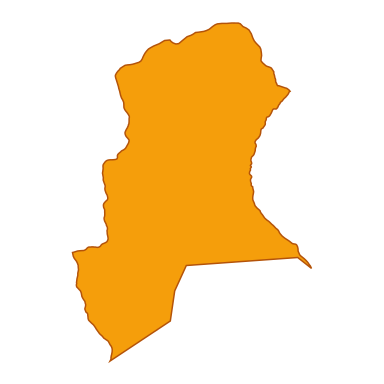 the district of Dekiling, Geylegphug, Bhutan
{"feature_id": "84629894B28878505567361", "entity_name": "Dekiling", "entity_type": "district", "adm_level": 2, "iso_a3": "BTN", "parent_name": "Bhutan", "parent_adm1": "Geylegphug", "projection": "robinson", "projection_center": [90.344, 26.935], "detail": "fine", "context": "isolated", "style": "filled", "palette": "amber", "viewbox_px": 384, "rotation_deg": 0, "n_neighbors": 0, "source": "geoboundaries", "source_scale": "gbopen_adm2", "svg_char_len": 5951}
<svg xmlns="http://www.w3.org/2000/svg" viewBox="0 0 384 384"><path d="M290.1,91.3L288.8,89.8L286.7,88.3L285.2,87.9L278.7,85.7L277.7,85.7L276.9,84.6L276.6,83.4L275.8,82.2L275.6,80.6L275.5,79.2L274.9,77.8L274.5,75.6L273.8,73.5L273.8,71.8L271.4,68.1L269.9,67.3L266.4,66.1L265.1,65.1L264.5,64.5L263.2,63.4L262.6,62.8L262.0,62.1L261.4,61.4L261.0,60.7L261.0,59.8L261.2,58.0L261.6,55.6L261.4,53.0L260.8,49.2L259.8,47.0L256.2,43.3L254.3,41.0L252.9,38.2L251.3,33.8L249.0,30.0L246.3,28.1L243.0,26.6L240.3,23.8L238.4,23.1L231.9,23.0L226.9,23.4L222.0,23.4L217.3,23.9L215.1,24.8L212.5,26.6L209.2,29.3L206.3,30.6L203.8,31.4L198.5,32.2L195.5,32.5L193.4,34.0L191.0,35.3L187.1,36.7L182.2,40.7L179.9,42.7L178.7,43.6L175.9,44.0L173.2,43.0L171.2,41.6L169.9,40.0L164.6,40.5L161.9,42.1L159.3,43.7L153.7,46.0L150.6,47.7L148.5,49.0L146.9,50.7L145.4,52.6L144.2,54.6L143.1,56.8L142.2,59.0L140.9,61.0L139.0,62.3L136.7,63.0L134.5,63.7L132.3,64.3L130.0,64.7L127.5,64.9L125.1,65.3L123.3,66.4L120.2,68.4L119.6,69.5L117.9,71.2L116.5,73.1L115.4,75.2L115.4,76.6L115.6,77.4L115.8,78.3L116.1,79.1L117.7,84.2L118.2,85.9L118.5,86.8L118.6,87.6L118.8,88.5L119.6,91.0L119.8,91.9L120.0,92.8L120.4,94.5L120.6,95.4L120.9,96.2L121.2,97.1L121.5,97.9L121.9,98.7L122.4,99.4L122.8,100.2L123.1,101.0L123.5,101.8L123.7,102.7L123.8,103.6L123.9,106.2L123.9,107.1L124.1,108.0L124.4,108.8L124.8,109.6L125.3,110.4L125.8,111.1L126.9,112.4L127.4,113.1L128.4,114.6L128.8,115.3L129.2,116.1L129.4,117.0L129.2,117.9L129.1,118.8L129.1,119.6L129.1,120.5L129.1,121.4L129.0,122.3L129.0,123.1L128.8,124.0L128.4,124.8L128.3,125.7L127.9,126.5L127.5,127.3L127.2,128.1L126.7,128.8L125.9,130.3L125.5,131.2L125.2,132.0L125.0,132.8L125.1,133.7L125.3,134.6L125.6,135.4L126.0,136.2L126.5,136.9L127.7,138.2L128.6,139.4L129.1,140.3L129.1,141.0L128.8,141.9L128.6,142.8L128.2,143.6L127.8,144.3L126.9,145.9L126.5,146.6L126.1,147.4L125.6,148.1L125.0,148.8L124.3,149.3L123.6,149.9L122.9,150.2L122.1,150.6L121.4,151.0L120.8,151.7L118.8,153.4L118.2,154.0L117.7,154.7L117.4,155.5L117.4,156.4L117.5,157.3L117.3,158.2L116.9,158.9L116.1,159.3L115.3,159.5L113.6,159.7L111.9,159.8L111.0,159.8L110.2,159.8L108.5,160.0L107.7,160.2L106.9,160.5L106.1,161.0L105.5,161.5L104.9,162.2L104.4,162.9L103.9,163.6L103.4,164.3L103.1,165.1L103.0,166.0L103.0,166.9L103.1,167.8L103.1,168.7L102.9,170.5L102.8,171.4L102.6,172.2L102.5,173.4L102.7,174.2L103.0,176.0L103.2,176.9L103.3,177.8L103.2,179.5L103.3,180.4L103.6,181.3L103.9,182.1L104.8,184.6L105.1,185.4L105.2,186.3L105.1,187.2L104.9,188.1L104.9,188.9L105.0,189.8L105.2,190.7L105.5,191.5L105.8,192.4L106.1,193.2L106.5,194.0L107.0,194.7L107.5,196.4L107.7,197.3L107.8,198.2L107.7,199.0L107.3,199.8L106.7,200.5L106.0,201.0L104.8,202.3L104.3,202.9L103.8,203.7L103.5,204.5L103.4,205.4L103.5,206.3L103.6,207.2L103.9,208.0L104.3,208.8L104.6,209.6L104.7,210.5L104.7,212.3L104.8,214.1L104.7,214.9L104.7,215.8L104.5,216.7L104.2,217.5L104.1,218.4L104.2,219.3L104.4,220.2L104.6,221.0L105.0,221.8L105.8,223.4L106.2,224.2L106.4,225.1L106.5,225.7L107.0,226.4L107.3,227.2L107.4,228.1L107.5,229.0L107.0,230.7L107.1,231.6L107.2,232.5L107.2,233.4L107.3,234.3L107.5,235.1L107.7,236.0L107.9,236.8L108.0,237.7L108.1,238.6L108.0,239.5L107.6,240.3L107.3,241.1L106.8,241.8L106.1,242.3L105.3,242.7L104.6,243.1L103.8,243.4L103.0,243.7L102.2,244.1L101.5,244.6L101.0,245.3L100.5,246.0L99.9,246.6L99.1,247.0L98.3,247.3L97.5,247.4L96.6,247.3L95.0,247.0L94.1,247.1L93.3,246.9L92.5,246.9L91.6,246.9L89.9,247.1L89.1,247.0L88.2,247.3L87.3,247.9L86.3,249.1L84.8,250.1L83.8,250.5L80.4,250.7L77.6,251.0L73.8,252.2L72.5,252.5L73.3,256.3L73.7,257.1L74.3,258.4L76.3,261.0L77.3,262.9L78.2,265.4L78.2,266.7L78.5,269.9L77.8,273.2L77.8,275.4L77.0,278.7L76.8,280.4L76.5,282.6L76.7,283.5L76.4,284.6L76.4,285.6L76.7,286.9L77.6,287.8L78.3,288.6L79.3,289.7L80.3,290.7L81.2,292.7L81.9,296.4L82.6,297.9L83.6,299.6L84.9,301.4L85.2,303.0L85.7,304.7L85.5,306.4L84.9,308.5L84.9,309.2L85.9,312.0L87.2,313.1L87.6,313.8L87.8,314.7L87.8,315.5L88.0,316.9L88.1,318.5L88.5,319.9L89.0,320.6L90.2,321.8L91.5,323.1L93.1,324.5L93.9,325.4L95.2,327.3L95.6,327.9L96.2,329.0L99.5,333.6L100.6,334.7L101.7,335.6L102.6,336.6L103.9,338.2L107.6,340.7L108.3,341.3L110.2,344.9L110.7,345.5L111.1,346.1L111.6,347.1L112.0,348.2L112.2,349.3L112.2,350.9L112.1,352.1L111.6,354.7L111.3,355.7L111.2,356.4L111.0,357.3L111.0,359.2L110.1,361.0L170.3,321.0L174.7,290.9L186.3,265.5L297.7,257.5L311.5,268.4L310.3,265.9L309.1,264.4L308.3,263.1L307.2,261.7L305.9,260.3L304.2,258.7L300.5,255.7L299.7,254.8L298.1,251.1L298.0,248.7L297.6,246.9L297.1,245.8L296.6,244.9L296.0,244.4L295.2,244.1L293.2,243.8L292.1,243.4L289.3,241.1L284.7,238.1L282.2,236.1L280.2,233.8L279.5,232.8L278.5,230.7L277.5,229.5L275.9,228.3L273.3,225.5L271.8,224.3L269.7,222.2L268.7,221.3L266.7,219.9L264.7,218.1L262.3,214.6L261.2,213.3L260.3,211.7L260.2,211.0L259.2,209.9L257.0,208.0L255.2,205.9L254.8,205.1L254.3,203.3L253.0,200.3L252.8,199.6L252.7,197.9L252.9,195.8L253.5,192.8L253.6,191.3L252.9,188.6L252.6,186.6L251.8,186.2L251.3,185.6L251.2,184.8L251.3,183.4L250.7,182.0L250.5,180.6L250.5,179.6L250.9,178.6L251.6,177.4L251.7,176.8L251.4,175.9L249.9,174.5L249.4,173.5L249.6,171.8L250.5,170.1L250.3,168.6L251.3,167.1L251.1,166.3L250.4,165.7L250.7,164.8L251.5,164.0L251.7,163.3L251.5,162.2L250.9,160.8L250.9,159.5L251.1,158.7L251.5,157.3L251.9,156.7L253.4,155.3L254.1,154.1L255.2,150.8L255.3,149.1L255.6,147.6L256.2,146.4L256.1,145.0L255.8,144.1L255.1,143.1L255.0,142.3L255.1,141.6L256.1,139.9L258.4,137.9L259.6,136.1L260.0,135.3L260.6,133.2L260.8,130.8L261.1,129.3L261.9,128.6L262.9,128.1L263.7,126.9L264.7,125.5L265.2,124.5L265.3,123.7L265.2,121.9L265.6,120.9L266.1,120.0L266.3,118.9L266.4,117.9L267.1,117.0L268.5,116.7L269.4,116.0L269.9,115.4L271.4,112.8L272.5,110.1L273.1,109.3L273.8,108.9L275.7,109.0L276.4,108.9L277.6,107.6L278.7,105.1L280.0,103.5L280.2,102.7L281.4,101.5L281.9,101.3L284.0,98.6L285.6,97.2L287.8,94.6L288.5,93.5L289.0,92.2L289.5,91.7L290.1,91.3Z" fill="#f59e0b" stroke="#b45309" stroke-width="1.5"/></svg>